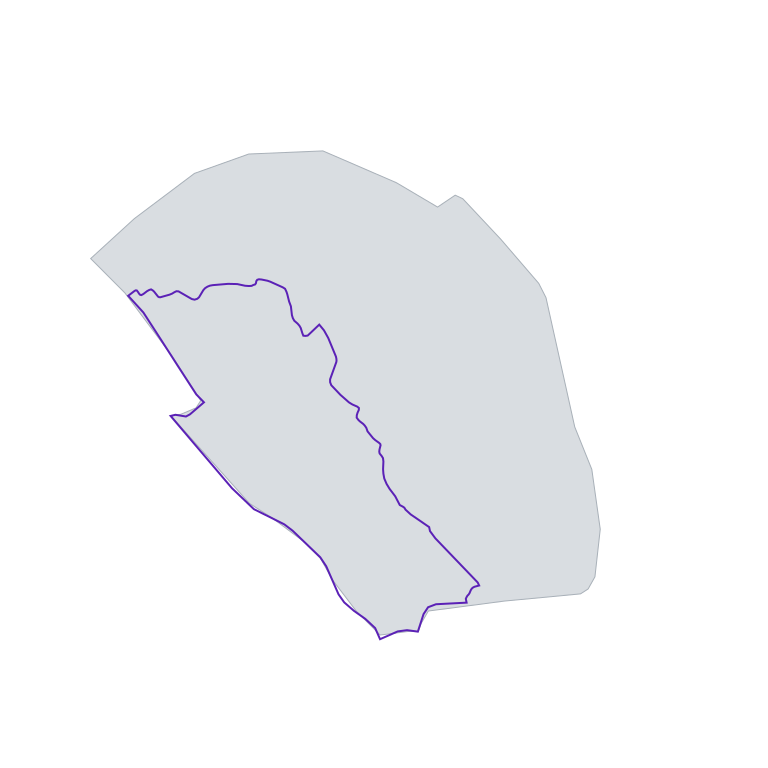 eSwatini, with Lubombo highlighted, rotated 139°
{"feature_id": "SWZ-535", "entity_name": "Lubombo", "entity_type": "District", "adm_level": 1, "iso_a3": "SWZ", "parent_name": "eSwatini", "parent_adm1": "", "projection": "equal_earth", "projection_center": [31.73, -26.547], "detail": "fine", "context": "in_parent", "style": "outline", "palette": "violet", "viewbox_px": 768, "rotation_deg": 139, "n_neighbors": 0, "source": "natural_earth", "source_scale": "10m", "svg_char_len": 2494}
<svg xmlns="http://www.w3.org/2000/svg" viewBox="0 0 768 768"><g transform="rotate(139 384 384)"><path d="M520.6,174.7L526.2,180.1L551.6,197.1L553.9,231.0L551.4,269.7L546.3,294.2L548.1,318.5L556.3,356.3L563.9,382.2L565.7,499.7L557.1,494.4L541.5,489.3L533.2,491.7L525.6,544.3L519.8,622.6L523.1,671.1L463.9,672.6L388.9,667.3L335.2,646.3L277.2,600.0L242.6,527.8L227.5,482.4L206.4,479.8L203.0,472.1L200.9,416.7L201.2,358.4L205.1,342.9L244.0,271.1L268.2,226.5L283.2,183.2L316.1,132.5L351.3,100.1L364.4,95.4L373.4,96.7L435.7,141.3L499.5,183.6L513.3,178.8L520.6,174.7Z" fill="#d9dde1" stroke="#a8b0b8" stroke-width="1"/><path d="M520.9,174.9L528.1,183.1L536.0,188.3L554.4,194.0L550.8,205.6L552.2,218.9L555.5,232.5L557.3,245.3L556.3,255.1L547.2,284.3L545.8,295.0L549.2,333.1L551.3,343.4L564.3,374.9L567.1,405.1L566.0,499.9L561.6,497.6L554.8,489.4L550.4,488.4L531.9,488.3L532.5,499.3L527.9,531.8L523.5,562.0L518.7,595.8L519.2,618.4L511.2,617.9L510.0,617.6L509.2,616.8L509.3,614.7L509.6,612.8L509.5,611.2L508.8,610.3L506.6,609.8L501.8,609.5L499.5,609.0L497.7,608.2L497.1,606.3L496.9,604.6L497.2,598.2L496.8,597.1L495.9,596.2L487.2,592.1L484.5,591.2L482.0,590.8L479.8,590.2L478.3,588.7L473.3,574.2L471.6,571.9L469.0,570.8L466.7,570.8L458.7,573.4L456.1,573.7L453.4,573.3L450.8,572.4L448.3,570.9L436.0,561.9L429.2,555.7L424.4,549.3L421.7,546.6L419.5,544.9L417.8,544.5L415.9,543.7L414.5,544.1L412.9,545.4L411.3,545.8L409.7,545.1L407.8,543.1L404.2,538.4L402.7,535.8L397.0,523.4L396.2,520.8L397.1,517.6L398.1,515.2L401.5,508.5L403.3,503.7L408.3,496.4L409.6,493.5L410.2,490.6L409.6,486.3L409.6,483.5L410.1,480.9L412.3,475.9L413.2,473.4L411.7,471.8L409.8,470.6L393.9,471.3L394.1,463.9L395.9,455.3L402.3,436.2L403.3,434.4L404.4,432.9L405.5,431.9L421.6,422.9L423.5,420.7L424.6,417.6L424.0,404.3L422.5,393.1L421.3,389.3L419.0,384.4L418.7,382.3L420.1,380.9L422.6,379.8L425.0,378.3L426.7,376.5L426.9,373.5L426.7,371.5L425.9,367.6L425.8,365.4L426.1,362.6L427.5,359.0L427.8,350.3L427.4,347.3L426.3,342.6L426.2,341.1L426.8,340.0L430.4,337.5L432.0,336.0L432.9,334.4L433.0,331.2L433.4,328.7L435.3,325.9L440.6,320.3L443.3,316.7L445.8,312.5L447.6,306.9L448.6,301.1L449.2,291.9L451.5,282.3L450.3,279.2L449.8,277.3L450.2,275.0L449.4,268.0L443.8,246.4L445.8,242.8L446.5,233.8L443.5,172.7L444.4,169.5L448.7,171.6L450.3,172.0L452.0,172.0L453.7,171.5L456.8,170.0L458.3,169.6L459.9,169.5L461.7,168.9L463.2,168.2L465.1,164.8L489.3,183.7L497.2,186.6L505.1,184.4L520.9,174.9Z" fill="none" stroke="#5b21b6" stroke-width="2"/></g></svg>